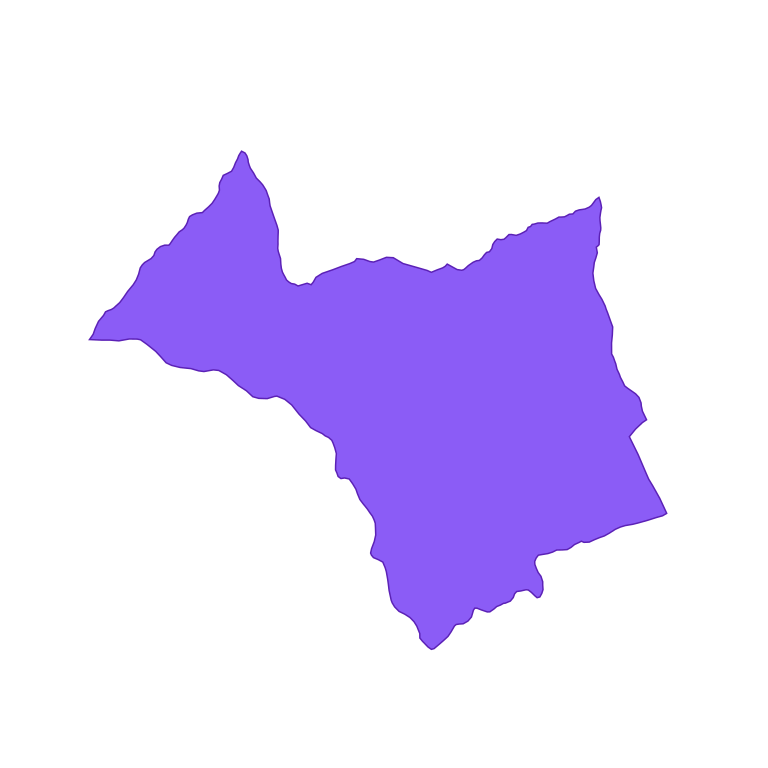 Gesarling, Daga, Bhutan, rotated 341°
{"feature_id": "84629894B4625986798859", "entity_name": "Gesarling", "entity_type": "district", "adm_level": 2, "iso_a3": "BTN", "parent_name": "Bhutan", "parent_adm1": "Daga", "projection": "equal_earth", "projection_center": [89.891, 26.922], "detail": "fine", "context": "isolated", "style": "filled", "palette": "violet", "viewbox_px": 768, "rotation_deg": 341, "n_neighbors": 0, "source": "geoboundaries", "source_scale": "gbopen_adm2", "svg_char_len": 4827}
<svg xmlns="http://www.w3.org/2000/svg" viewBox="0 0 768 768"><g transform="rotate(341 384 384)"><path d="M335.2,635.9L336.6,639.7L340.0,647.0L342.4,650.3L345.2,650.5L349.3,648.9L356.6,646.0L362.3,643.5L366.7,640.2L371.9,635.7L374.0,634.9L377.2,635.5L380.8,636.5L386.2,635.5L390.8,632.8L392.8,630.0L394.9,627.0L396.8,625.5L398.9,626.2L402.5,629.3L407.4,633.1L409.9,633.9L414.8,632.5L418.1,631.1L422.3,630.9L425.5,630.3L427.3,630.7L432.8,630.4L436.7,628.0L439.2,624.9L441.9,623.4L445.9,624.2L451.4,624.8L453.4,625.8L455.5,629.0L457.8,633.6L459.2,635.9L462.0,636.1L465.0,633.4L467.4,630.2L468.6,625.8L469.7,622.6L469.8,616.9L468.4,612.5L468.0,608.0L467.9,603.7L468.7,600.9L471.1,598.2L474.2,596.1L478.0,596.7L483.8,597.7L488.7,597.8L493.2,597.2L498.5,598.9L503.3,600.2L507.6,599.4L511.9,597.8L517.0,597.3L519.4,596.9L521.5,598.8L526.6,600.3L532.5,599.7L537.8,599.4L542.8,599.4L548.4,598.4L555.4,596.7L561.0,596.2L566.1,596.4L573.3,597.6L578.8,598.1L589.0,598.7L598.0,598.9L604.5,599.3L609.2,598.3L607.5,581.9L604.9,567.6L603.3,560.2L602.7,552.9L601.3,533.5L600.2,524.8L598.8,513.7L607.2,508.5L615.8,504.6L620.6,503.3L619.5,493.9L620.1,488.8L620.9,485.5L620.7,479.7L618.7,475.2L616.1,471.6L613.1,467.5L610.9,464.1L610.5,460.0L609.7,454.7L609.7,451.4L609.1,445.9L609.7,440.3L609.6,437.4L609.6,433.4L609.0,429.7L612.5,419.3L615.8,412.1L618.8,404.5L618.7,398.8L618.6,389.7L618.4,385.4L618.5,382.2L617.6,374.8L616.4,369.5L615.2,362.5L616.0,354.6L617.6,347.2L620.4,341.7L622.4,337.6L625.4,333.7L628.4,329.4L629.3,323.7L631.1,323.1L632.7,322.3L633.9,319.4L635.4,315.2L637.0,311.8L638.9,309.2L639.8,307.0L640.7,303.2L641.4,300.0L642.3,296.9L644.6,292.4L645.7,290.4L647.1,288.2L647.6,285.2L648.0,281.9L648.0,277.5L644.3,278.6L640.4,281.3L638.3,282.7L635.7,283.6L631.2,284.0L628.8,283.6L625.2,282.9L623.4,282.9L621.3,282.9L617.9,284.7L614.5,283.8L611.9,284.3L609.1,284.7L605.7,283.8L603.7,283.1L599.7,283.8L593.6,284.5L590.7,285.1L586.2,283.3L582.0,281.9L577.9,281.7L576.1,281.3L573.8,282.8L571.3,282.8L568.7,285.3L565.9,285.9L561.8,286.5L557.4,286.5L553.1,284.1L550.8,283.4L546.9,285.3L544.6,286.2L541.5,285.6L538.2,283.8L535.1,285.3L532.3,287.5L530.0,291.1L526.7,293.3L523.8,293.0L521.0,294.5L517.9,296.7L514.4,298.2L511.5,297.6L507.9,297.9L502.3,299.5L498.9,301.0L496.7,301.8L494.6,301.8L490.4,299.6L482.8,291.2L480.3,292.6L477.3,293.3L471.5,293.4L465.1,293.8L461.8,290.7L453.7,285.0L441.2,276.3L433.9,267.6L427.5,265.0L420.2,265.3L413.8,265.3L410.5,263.6L405.4,259.5L399.0,256.6L396.0,258.6L390.9,259.0L381.7,259.0L372.5,259.3L361.6,259.3L354.4,261.0L350.2,264.7L347.4,266.4L344.1,263.7L336.5,263.4L334.6,263.3L332.1,260.5L329.0,258.8L327.1,256.4L325.7,253.9L325.3,250.9L324.8,248.1L324.4,245.2L324.6,241.3L325.5,237.0L326.1,234.9L327.0,231.7L327.1,227.1L327.2,224.1L327.7,221.1L329.3,217.3L330.2,214.5L332.0,209.6L333.3,206.3L334.1,204.0L334.4,199.2L334.3,190.0L334.3,183.0L334.3,178.5L334.8,175.7L335.7,171.7L335.6,167.5L335.6,162.8L334.8,159.0L334.1,156.1L332.6,152.4L330.3,147.7L329.4,142.2L328.5,138.7L327.9,136.4L327.8,133.4L327.9,130.0L328.5,127.5L328.6,123.7L327.8,120.3L325.1,117.5L323.0,119.1L321.0,120.8L318.8,123.5L315.7,126.4L312.4,130.3L309.1,133.2L304.5,133.9L299.9,134.4L297.4,137.2L294.3,140.1L292.6,143.1L291.5,147.2L289.5,149.7L287.7,151.3L284.0,154.4L280.3,157.2L275.8,159.4L270.7,161.5L268.1,162.8L262.6,161.5L257.9,161.7L254.7,162.4L252.7,164.4L250.6,167.3L248.7,169.2L245.6,171.6L243.5,172.5L239.8,173.5L236.9,175.3L233.8,177.1L230.7,179.3L227.4,181.8L225.7,182.7L221.8,181.3L217.3,181.3L213.2,182.7L210.6,184.5L208.2,187.6L204.6,189.6L197.2,191.2L194.2,192.7L191.3,194.9L187.8,200.2L183.7,204.9L179.2,208.5L171.8,213.0L165.5,217.7L160.6,221.0L156.3,222.8L153.2,224.2L150.4,224.8L147.0,224.8L144.2,225.1L141.2,227.8L134.5,231.8L129.1,237.4L125.2,242.3L120.0,246.1L131.4,250.6L139.0,253.2L147.4,256.9L157.8,258.5L165.3,261.2L168.2,262.9L172.7,269.2L178.7,278.7L181.6,285.1L184.9,293.0L189.3,297.3L196.6,302.0L206.5,306.6L213.0,311.2L217.8,313.6L227.3,315.1L232.2,317.4L238.0,323.9L242.5,331.8L245.8,338.1L251.7,345.6L255.8,353.3L260.9,356.8L268.8,359.8L276.4,360.1L278.8,360.6L285.2,366.2L289.9,373.7L293.9,385.0L297.8,393.4L300.4,401.3L304.4,405.8L309.5,410.8L311.5,413.9L314.2,416.5L316.3,420.2L316.6,423.2L316.7,428.3L316.3,434.3L314.3,438.9L311.7,445.3L310.2,449.5L310.5,452.7L310.5,456.5L312.5,459.4L316.1,460.0L320.2,462.5L321.9,468.2L323.2,474.3L323.2,479.3L323.6,485.4L325.2,490.3L327.5,496.6L328.8,501.4L330.0,505.2L330.4,509.2L330.4,512.8L329.1,517.3L327.0,524.1L323.5,529.8L318.6,535.7L316.3,539.5L316.4,541.7L317.5,544.7L321.4,548.2L324.9,552.0L325.3,558.2L325.1,562.3L323.9,569.8L323.0,574.4L321.6,580.9L320.4,590.7L320.5,593.6L321.5,598.2L324.2,603.9L328.6,608.3L332.5,613.2L335.0,618.5L336.2,623.7L336.4,628.0L336.6,631.6L335.2,635.9Z" fill="#8b5cf6" stroke="#5b21b6" stroke-width="1.5"/></g></svg>